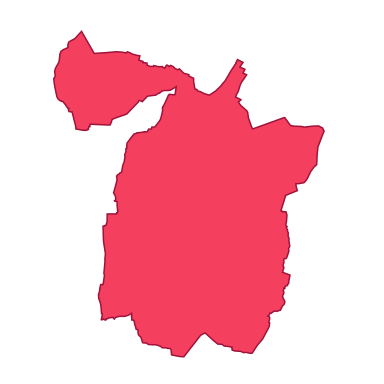 Ban Mo, Saraburi, Thailand, rotated 88°
{"feature_id": "78962969B66109940408415", "entity_name": "Ban Mo", "entity_type": "district", "adm_level": 2, "iso_a3": "THA", "parent_name": "Thailand", "parent_adm1": "Saraburi", "projection": "natural_earth1", "projection_center": [100.715, 14.612], "detail": "fine", "context": "isolated", "style": "filled", "palette": "rose", "viewbox_px": 384, "rotation_deg": 88, "n_neighbors": 0, "source": "geoboundaries", "source_scale": "gbopen_adm2", "svg_char_len": 5892}
<svg xmlns="http://www.w3.org/2000/svg" viewBox="0 0 384 384"><g transform="rotate(88 192 192)"><path d="M254.4,97.2L253.2,97.4L251.8,97.3L250.8,96.9L250.0,96.3L249.5,96.2L244.3,96.8L241.7,96.7L240.7,96.9L240.1,97.3L239.6,97.4L237.4,97.4L236.4,97.2L235.6,97.4L234.8,97.9L233.5,97.8L230.7,99.0L230.0,98.2L228.5,99.2L227.2,99.4L226.8,99.3L226.2,98.9L225.5,98.7L218.4,97.9L215.1,98.7L214.9,100.0L215.0,102.0L214.5,102.0L213.9,103.8L199.4,98.7L198.8,98.9L194.3,86.7L190.0,87.7L187.3,87.9L187.4,84.9L186.9,82.1L186.9,81.1L186.5,79.6L184.3,77.5L181.8,75.8L175.9,72.8L171.3,69.2L169.4,66.8L168.7,66.4L159.8,65.7L151.5,64.6L140.1,59.8L135.7,57.8L134.7,58.4L132.5,59.3L131.3,61.7L130.4,63.1L130.4,69.5L131.1,77.8L130.4,79.7L129.7,88.1L128.9,91.3L120.9,96.7L120.8,97.2L131.1,129.1L131.0,129.3L129.2,130.1L120.0,133.0L114.3,133.6L112.6,134.5L107.9,139.5L106.7,140.6L105.2,141.6L103.5,142.4L102.4,140.8L101.5,139.8L101.4,139.9L98.7,145.1L96.5,144.3L93.0,142.2L87.8,140.5L84.2,138.8L80.0,135.6L76.7,133.3L75.1,136.7L74.8,136.9L71.4,134.8L71.2,134.8L68.9,139.8L64.2,136.5L62.8,139.2L61.2,141.9L64.4,143.6L64.6,143.4L72.8,149.2L78.9,153.0L82.5,155.4L84.7,157.7L86.9,159.3L92.0,165.0L95.8,171.3L94.3,175.8L93.4,177.7L92.1,179.9L90.9,183.3L89.8,183.4L89.1,185.5L88.5,185.4L87.4,185.8L84.5,186.1L82.9,186.4L80.2,186.5L78.4,186.4L75.9,191.3L74.6,191.0L73.1,196.0L68.5,200.3L69.3,201.8L68.0,204.6L66.6,205.8L65.8,206.7L64.7,209.0L65.8,210.3L64.4,212.1L64.3,212.7L64.9,213.5L65.9,214.2L67.2,214.7L67.3,214.9L66.5,216.3L65.6,217.4L65.7,220.7L64.3,225.8L65.2,226.3L65.0,227.9L65.1,229.3L63.7,232.4L61.5,232.5L61.0,236.6L59.8,236.4L58.4,240.5L54.1,239.3L53.3,243.0L51.9,247.2L50.9,248.7L49.6,251.8L50.7,252.8L50.7,253.0L49.7,257.6L49.2,263.0L49.7,272.0L50.1,284.9L27.6,296.8L34.7,303.8L37.4,309.4L38.2,310.1L40.5,310.9L41.6,311.0L43.3,310.8L45.3,315.8L46.9,318.1L49.6,319.2L56.5,320.2L57.8,320.6L61.3,322.8L64.0,324.3L66.7,325.1L70.4,324.7L71.3,324.8L72.5,325.1L73.7,326.2L78.6,325.9L82.8,325.3L91.6,323.8L93.5,323.1L94.4,322.5L95.9,321.1L96.3,320.4L96.5,319.4L96.9,319.2L97.2,317.7L99.8,315.9L100.3,315.2L100.9,315.2L103.9,313.2L103.9,312.2L104.2,312.1L104.7,312.6L105.1,312.7L107.3,312.2L107.7,310.4L107.7,309.1L121.9,306.0L123.5,305.8L125.0,305.8L126.5,298.8L126.7,296.3L126.5,295.9L126.6,294.9L126.3,294.6L125.9,294.0L125.9,293.3L125.2,293.2L124.6,293.4L124.1,293.0L123.0,292.8L123.1,291.8L120.7,291.5L122.1,273.8L122.2,271.6L120.2,270.5L116.4,269.2L116.3,268.1L115.7,267.0L111.8,254.5L100.2,242.5L98.8,241.8L98.7,241.2L99.2,240.0L100.0,238.6L95.9,234.3L95.1,233.7L94.8,233.2L94.6,232.5L93.9,224.8L92.0,221.9L92.2,221.4L90.5,218.7L90.0,218.2L89.6,216.5L89.7,214.5L89.6,210.3L86.3,204.1L93.3,205.4L94.3,205.8L93.6,211.2L94.1,211.4L94.2,212.0L94.4,212.2L98.7,214.2L105.8,217.9L105.9,218.4L107.5,218.6L110.0,218.6L116.2,220.3L118.5,221.1L121.0,222.9L125.8,227.0L125.7,229.9L125.9,230.0L127.2,230.2L127.7,230.5L127.6,233.1L130.0,234.4L130.3,234.7L130.1,237.8L130.4,238.1L131.0,245.3L131.2,245.6L131.5,245.7L132.0,247.9L136.4,251.7L140.8,255.2L143.0,255.5L143.8,255.7L144.0,255.5L145.9,255.5L146.1,256.4L146.3,256.5L149.7,256.7L152.0,257.8L152.9,258.0L154.6,257.7L156.8,258.2L158.4,258.6L159.0,258.5L162.6,260.1L163.6,260.4L165.3,260.8L168.5,261.3L169.7,261.7L170.5,263.5L171.3,263.9L171.9,265.2L172.5,266.1L173.1,266.3L173.4,266.8L177.5,266.5L187.4,269.5L190.0,270.4L191.5,269.8L191.9,269.3L192.6,269.2L194.1,268.5L195.4,268.5L197.4,268.7L197.7,268.9L197.8,269.3L198.1,269.8L198.6,269.3L198.9,267.2L203.7,267.3L207.8,267.0L207.9,266.7L208.9,266.9L210.2,267.4L210.1,268.0L211.3,268.2L211.0,277.5L218.6,277.9L220.6,278.6L222.3,279.0L222.5,280.6L223.1,280.7L223.0,282.1L236.0,282.2L238.6,282.1L250.6,280.7L256.0,281.4L258.4,281.4L270.3,282.9L272.1,282.4L281.4,284.1L281.2,286.2L281.4,286.5L281.7,286.6L284.7,287.4L288.4,288.0L290.8,288.9L291.6,289.0L294.3,289.0L295.1,288.9L300.4,287.3L304.0,286.9L310.1,286.7L310.3,286.0L311.1,286.1L311.3,285.9L316.4,287.1L316.6,286.2L316.5,285.8L315.8,285.0L315.8,284.7L316.9,283.5L316.9,282.8L316.6,282.2L315.7,282.0L315.7,280.8L314.9,279.6L314.8,277.3L314.5,276.5L314.5,275.4L315.5,274.9L316.3,274.1L314.8,272.9L314.6,272.5L314.1,270.7L313.7,268.4L313.9,265.1L313.7,262.4L312.5,259.0L311.1,256.7L313.2,256.3L313.4,256.4L313.6,256.9L316.1,256.6L317.8,256.7L318.1,254.8L318.6,254.8L318.9,254.3L319.4,254.2L319.6,254.1L320.8,254.1L322.7,253.8L323.9,253.3L327.3,252.6L327.7,251.0L328.0,250.7L330.0,250.9L332.5,250.6L333.7,249.9L335.2,248.2L340.9,246.6L341.3,244.6L341.1,243.5L343.0,240.6L343.0,239.3L343.3,237.0L343.4,233.9L343.7,232.4L345.3,228.5L346.4,227.6L346.6,227.1L346.8,225.4L346.7,224.8L346.8,223.1L347.4,222.1L347.7,219.2L348.3,218.7L349.1,218.4L354.1,218.1L356.0,210.0L356.4,205.9L335.4,188.3L333.3,183.8L341.3,175.6L344.9,171.5L345.2,167.8L345.3,167.3L347.0,165.3L347.3,164.0L347.5,161.3L348.0,160.1L348.3,157.5L349.1,157.8L349.9,157.3L350.9,157.5L351.4,157.4L351.7,156.4L352.3,155.1L353.0,148.9L353.2,148.3L354.3,146.2L354.2,143.2L354.9,140.8L355.2,139.4L355.3,138.2L355.2,137.6L355.1,137.4L347.5,132.1L341.5,126.6L331.5,120.8L328.6,119.4L325.2,119.0L324.9,119.7L324.2,119.7L322.4,119.0L320.4,118.7L319.2,119.3L318.8,120.6L318.3,120.3L317.7,119.1L315.6,118.2L315.9,117.1L313.7,113.7L314.0,113.2L314.0,112.0L314.3,110.8L313.7,110.1L313.3,107.8L312.6,107.8L312.2,107.2L308.8,105.4L307.8,104.1L306.6,103.5L305.3,103.1L304.4,103.1L301.1,104.7L299.7,105.0L298.2,104.9L297.5,104.2L296.1,103.7L295.1,103.7L294.3,104.3L292.6,103.7L291.4,103.6L291.5,102.5L289.8,102.3L289.0,101.1L288.8,99.9L288.1,99.6L287.5,99.6L286.5,98.5L286.1,98.4L285.1,98.5L280.9,97.5L278.4,97.0L275.4,104.3L274.9,104.0L273.4,103.8L272.5,103.3L270.5,102.8L270.1,102.9L269.6,103.5L269.4,103.6L266.7,103.1L266.4,102.8L266.0,102.6L263.1,102.6L262.1,102.3L261.9,102.2L261.8,101.9L261.9,101.1L261.8,100.4L261.5,100.0L261.0,99.7L258.8,98.8L254.4,97.2Z" fill="#f43f5e" stroke="#9f1239" stroke-width="1.5"/></g></svg>